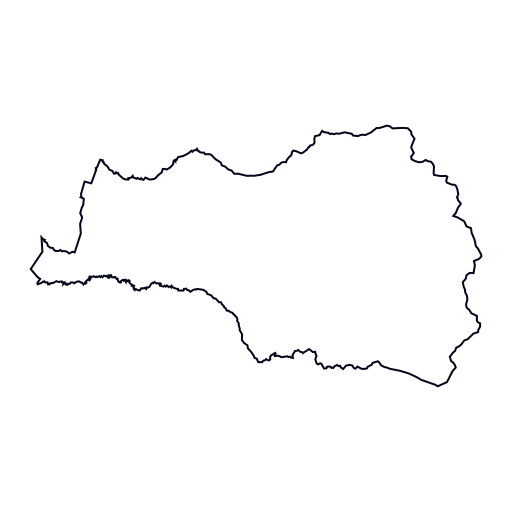 the district of Florida, Valle del Cauca, Colombia
{"feature_id": "7082276B72857503251060", "entity_name": "Florida", "entity_type": "district", "adm_level": 2, "iso_a3": "COL", "parent_name": "Colombia", "parent_adm1": "Valle del Cauca", "projection": "mercator", "projection_center": [-76.226, 3.3], "detail": "fine", "context": "isolated", "style": "outline", "palette": "ink", "viewbox_px": 512, "rotation_deg": 0, "n_neighbors": 0, "source": "geoboundaries", "source_scale": "gbopen_adm2", "svg_char_len": 6033}
<svg xmlns="http://www.w3.org/2000/svg" viewBox="0 0 512 512"><path d="M455.7,367.6L455.1,365.5L453.6,363.0L451.1,361.0L449.8,356.7L453.1,352.5L454.9,351.1L456.3,347.6L458.8,346.5L461.3,344.5L464.3,340.4L467.7,339.2L473.3,333.7L478.1,332.1L478.3,329.9L480.1,326.7L480.1,323.4L477.9,322.2L476.9,320.8L476.9,315.9L471.4,313.3L469.1,309.6L467.8,308.8L466.4,306.9L466.1,304.3L467.4,299.4L467.0,296.1L465.1,291.9L465.0,289.5L463.8,287.1L462.8,282.2L465.8,278.7L466.5,275.2L469.6,272.9L473.5,273.1L474.9,265.4L473.9,261.1L479.2,258.8L481.3,256.5L481.2,254.6L477.9,248.5L475.9,246.2L474.6,239.9L471.6,232.7L471.0,228.2L466.5,226.4L464.2,221.3L457.7,217.5L453.3,215.9L455.8,213.0L458.1,207.4L460.7,204.1L460.7,203.3L458.0,200.2L457.7,198.3L456.9,197.5L458.3,194.4L457.3,189.2L456.0,186.0L454.7,184.8L452.1,184.7L446.9,182.6L446.2,180.9L447.3,176.7L446.0,176.0L440.6,176.1L434.0,174.9L433.6,173.2L434.0,166.5L432.8,163.8L431.1,161.8L428.1,161.2L425.6,160.0L422.9,161.7L419.2,162.3L415.0,161.1L411.6,159.3L411.1,156.6L413.8,153.0L411.4,148.1L411.3,146.6L414.5,138.7L411.5,134.5L411.1,131.6L407.7,128.2L402.4,127.9L392.6,128.4L389.6,126.2L386.8,125.7L379.9,127.9L376.4,128.1L370.9,132.5L365.5,135.0L361.7,134.7L357.6,136.1L353.0,135.5L351.8,133.8L344.5,132.3L339.5,133.7L336.3,133.5L333.5,134.2L331.7,133.5L330.1,134.1L328.3,132.8L323.9,132.1L322.1,130.9L319.6,135.1L315.0,136.2L314.3,138.9L314.6,142.5L313.8,143.9L312.4,145.0L309.9,145.6L309.4,147.0L308.4,147.3L307.1,149.4L303.1,152.6L300.9,153.3L296.0,151.1L293.2,150.6L291.9,152.3L291.3,155.2L288.5,157.7L286.6,160.3L286.1,162.2L283.1,162.1L281.2,162.7L279.4,164.7L277.1,165.4L273.0,171.5L269.0,172.1L260.1,174.9L254.6,175.7L246.6,175.8L238.1,173.7L234.3,173.8L231.6,170.6L228.0,169.3L225.2,166.6L222.0,165.5L220.7,162.5L215.4,159.1L211.1,154.7L208.8,154.1L205.1,154.3L204.0,152.6L201.7,152.7L199.2,151.8L198.6,150.7L197.5,150.6L196.9,148.8L195.6,150.1L193.5,150.5L192.3,151.8L191.3,150.8L188.4,153.3L183.3,156.0L178.1,157.1L176.4,160.2L175.9,160.2L175.7,159.7L175.3,160.0L175.3,161.3L174.4,160.3L173.4,161.4L173.3,163.5L172.4,165.2L169.7,167.8L166.9,169.5L165.1,168.9L162.7,169.0L161.7,172.4L158.2,175.2L155.5,178.1L154.0,179.0L149.8,179.6L145.4,177.6L143.6,179.8L142.5,179.7L141.2,178.2L140.2,179.3L137.4,178.0L136.7,178.8L133.1,177.4L132.7,175.9L131.3,177.5L128.4,178.2L128.8,179.0L128.3,179.6L125.2,179.4L122.8,178.3L118.6,174.5L118.2,173.0L116.6,173.2L116.0,172.3L115.1,173.6L113.9,173.6L112.5,171.0L109.4,169.7L107.7,166.8L104.1,163.6L103.5,161.9L102.6,161.8L102.7,160.3L100.2,159.7L97.1,167.2L95.9,168.0L96.4,168.4L95.7,170.2L96.0,170.4L91.3,183.3L84.6,181.6L81.0,194.1L81.4,196.4L80.6,197.2L83.8,198.7L83.3,204.6L81.8,207.7L80.2,213.2L82.2,217.5L80.1,223.9L80.8,233.6L74.7,252.4L72.6,251.8L69.1,253.4L66.6,251.5L63.6,251.0L62.1,251.4L60.5,250.0L58.5,251.0L55.6,251.0L53.8,249.7L52.8,248.0L50.3,247.7L47.9,245.9L47.0,243.0L44.2,241.2L44.9,240.0L43.1,239.2L41.5,237.4L42.4,251.7L30.7,269.1L37.7,277.2L40.2,278.9L37.3,283.0L37.8,284.3L41.3,283.0L42.9,281.8L43.9,282.0L44.3,281.3L45.5,282.5L47.4,282.3L47.9,284.1L48.6,283.8L49.0,284.3L49.5,283.6L50.5,283.7L51.4,282.9L52.8,283.1L56.5,281.2L58.6,282.0L61.7,281.4L62.0,282.3L63.6,282.3L63.3,284.1L64.7,282.7L64.9,283.7L66.3,283.6L66.1,284.6L67.4,284.9L68.6,283.8L69.6,283.9L70.9,282.4L73.3,282.5L74.3,283.3L76.7,281.7L79.4,281.4L80.4,282.4L81.7,282.4L83.4,284.5L84.1,283.6L85.2,283.7L85.1,282.5L86.3,282.7L86.3,280.8L88.3,279.5L89.4,280.3L90.4,279.2L90.5,278.2L89.2,278.6L88.8,278.2L89.5,277.6L89.6,276.6L93.2,276.8L93.7,276.2L95.9,277.2L96.5,276.6L97.7,277.0L99.4,276.1L100.3,277.0L101.5,276.1L102.5,277.2L104.0,275.6L106.4,276.4L107.2,275.7L107.8,276.1L108.1,277.7L108.9,277.9L109.6,277.0L109.5,275.5L110.5,276.2L110.4,275.4L110.9,275.1L112.2,277.4L115.3,277.0L115.5,278.0L116.7,278.9L117.5,278.6L118.2,281.4L120.2,282.6L120.7,282.4L120.1,281.6L122.8,279.9L123.6,279.9L123.9,280.7L125.0,279.9L126.0,282.0L126.5,280.3L127.8,281.2L128.4,280.2L129.2,280.5L129.7,281.1L129.1,281.8L130.0,283.4L132.3,284.9L131.9,285.7L134.0,285.8L133.3,287.1L134.0,289.5L134.6,290.0L134.9,288.6L137.7,290.1L139.7,290.5L141.4,288.2L142.1,288.6L144.5,287.9L146.1,289.0L146.5,287.3L148.0,287.6L149.4,286.9L151.1,283.9L152.9,282.7L153.4,283.1L154.5,282.0L156.5,283.5L157.5,283.2L159.1,283.6L159.6,284.9L160.2,284.3L159.8,283.4L160.2,283.4L160.9,283.9L160.3,285.7L163.6,286.6L164.6,285.7L165.7,286.6L166.9,285.4L168.5,287.0L169.9,286.4L171.3,287.4L171.7,286.0L173.0,287.4L176.7,288.9L178.0,288.9L178.3,290.5L183.5,290.5L183.9,288.9L186.3,288.7L186.9,289.8L189.2,290.5L190.4,291.8L193.0,290.0L195.1,289.3L196.4,289.5L197.1,288.9L203.2,289.8L206.4,291.8L207.3,293.9L211.1,295.3L213.7,298.3L215.7,298.6L219.0,302.2L221.1,302.3L221.9,304.3L223.9,306.1L224.2,307.3L225.5,308.2L226.8,310.6L228.7,310.8L230.0,311.9L232.6,312.9L233.4,314.3L234.7,315.0L235.4,316.4L236.5,317.0L237.4,319.0L237.1,320.6L238.9,323.8L238.6,324.7L239.7,328.4L239.7,330.2L242.1,334.3L241.9,340.1L244.1,343.0L247.4,345.3L248.0,348.5L251.5,352.3L254.1,356.3L254.4,357.8L256.8,358.7L258.2,362.1L262.1,362.2L263.2,360.7L265.0,360.3L266.1,359.1L268.1,360.3L269.3,360.3L270.3,359.1L270.0,357.4L270.9,355.5L275.1,352.9L275.6,353.5L274.5,355.2L274.8,356.1L277.3,355.7L279.4,356.1L281.3,357.2L287.5,356.3L288.5,357.1L290.0,356.7L291.2,357.6L292.9,357.9L292.5,355.2L295.0,351.0L296.9,350.8L298.2,349.9L299.9,351.6L302.2,352.2L302.8,353.1L309.1,349.1L313.0,352.1L315.2,351.8L315.5,353.8L316.5,355.7L315.3,359.2L316.7,363.6L318.2,364.4L320.0,363.3L321.3,363.7L324.1,368.6L326.5,368.2L326.8,367.0L328.3,366.5L330.0,366.5L331.5,367.9L332.3,367.5L333.2,368.0L334.8,366.1L337.1,365.0L338.5,366.1L340.1,365.8L340.9,367.5L343.2,369.0L346.0,365.6L349.3,364.9L352.3,365.5L354.1,368.3L355.5,368.6L357.5,366.6L361.7,368.9L365.6,368.8L367.1,368.2L367.6,366.8L371.5,364.9L372.7,362.8L377.9,361.3L379.1,362.3L381.0,365.2L384.7,367.2L386.2,367.3L390.0,368.8L399.6,370.7L408.4,373.3L416.2,376.9L421.1,379.8L435.6,384.9L437.7,386.3L447.0,382.1L452.6,371.0L455.7,367.6Z" fill="none" stroke="#020617" stroke-width="2"/></svg>